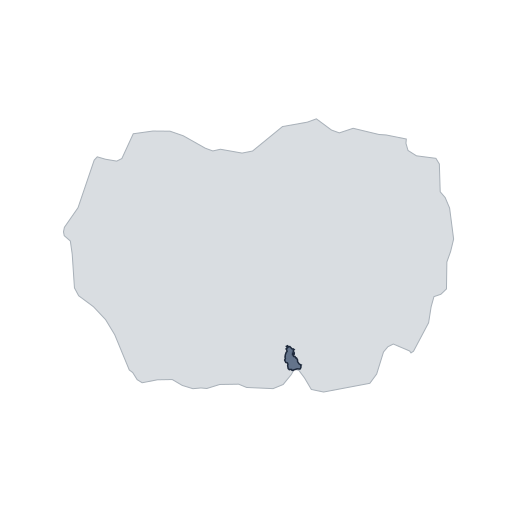 Gjorche Petrov, Gjorče Petrov, North Macedonia (highlighted), rotated 195°
{"feature_id": "65306769B13037945767817", "entity_name": "Gjorche Petrov", "entity_type": "district", "adm_level": 2, "iso_a3": "MKD", "parent_name": "North Macedonia", "parent_adm1": "Gjorče Petrov", "projection": "mercator", "projection_center": [21.316, 42.053], "detail": "fine", "context": "in_parent", "style": "filled", "palette": "slate", "viewbox_px": 512, "rotation_deg": 195, "n_neighbors": 0, "source": "geoboundaries", "source_scale": "gbopen_adm2", "svg_char_len": 1935}
<svg xmlns="http://www.w3.org/2000/svg" viewBox="0 0 512 512"><g transform="rotate(195 256 256)"><path d="M231.2,126.6L239.6,127.7L257.8,122.5L269.2,115.3L275.0,114.3L282.6,111.5L293.7,111.9L304.9,115.0L319.2,110.9L333.2,104.1L338.8,105.8L344.9,111.5L348.9,113.1L372.1,143.4L384.8,155.6L399.8,164.9L417.0,171.7L423.1,178.2L434.0,210.2L439.2,222.4L446.5,226.0L448.2,229.5L448.5,234.1L440.4,256.6L437.1,306.7L435.0,310.7L426.5,310.5L415.1,311.6L410.8,315.4L406.2,342.3L388.0,350.0L371.4,354.3L357.4,353.3L332.9,347.0L324.9,346.3L318.0,349.9L296.1,351.8L286.5,356.5L263.9,387.9L241.0,398.6L233.2,404.1L215.7,397.2L207.4,396.5L195.2,404.5L168.7,405.2L161.6,406.6L141.1,407.9L140.3,403.6L136.5,397.3L127.0,394.3L107.5,396.9L102.7,392.3L94.7,365.7L88.4,361.4L81.4,352.4L69.5,323.5L69.2,310.7L70.1,299.6L63.5,273.5L67.5,266.9L73.6,262.8L73.7,252.3L72.0,236.2L79.2,204.8L81.2,202.5L83.0,204.0L100.6,206.5L105.1,202.5L108.0,196.3L108.9,173.2L113.1,162.5L155.5,142.1L168.0,141.4L177.5,150.7L185.1,156.7L189.7,156.5L191.3,150.5L196.5,138.9L205.2,132.3L231.0,126.6L231.2,126.6Z" fill="#d9dde1" stroke="#a8b0b8" stroke-width="1"/><path d="M202.1,167.7L201.7,166.5L201.9,166.0L201.1,164.7L201.4,162.9L199.7,160.9L198.0,160.9L197.1,159.6L197.1,158.4L195.8,155.6L194.4,154.8L193.9,155.2L192.6,155.5L192.2,155.6L192.0,155.3L191.9,155.2L191.7,154.9L190.7,155.0L190.0,155.8L189.0,156.4L187.9,157.1L187.6,157.4L186.9,157.7L186.5,157.8L185.0,158.0L184.3,158.2L184.0,158.5L183.8,160.4L184.4,161.8L184.1,162.4L186.2,162.8L187.6,163.9L188.5,164.7L189.0,166.4L190.5,168.0L191.3,167.8L192.3,169.0L193.7,168.7L194.4,169.9L195.2,170.1L195.4,171.1L195.1,170.8L194.8,171.2L194.1,170.5L193.7,170.7L193.9,172.2L195.4,173.9L195.5,174.8L194.9,175.4L195.8,175.9L197.1,175.6L199.9,177.3L201.0,176.7L202.0,177.3L202.3,177.5L203.3,176.6L201.8,175.5L202.9,174.0L202.2,173.6L201.3,171.8L201.9,170.7L202.1,167.7Z" fill="#64748b" stroke="#1e293b" stroke-width="1.5"/></g></svg>